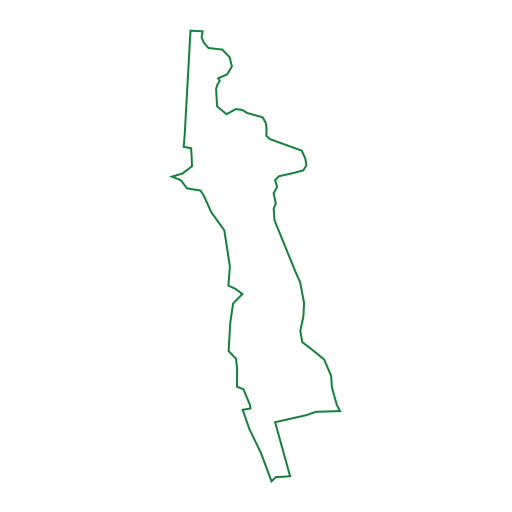 the district of Vlahita, Harghita, Romania
{"feature_id": "2599482B79706795726804", "entity_name": "Vlahita", "entity_type": "district", "adm_level": 2, "iso_a3": "ROU", "parent_name": "Romania", "parent_adm1": "Harghita", "projection": "natural_earth1", "projection_center": [25.507, 46.304], "detail": "fine", "context": "isolated", "style": "outline", "palette": "green", "viewbox_px": 512, "rotation_deg": 0, "n_neighbors": 0, "source": "geoboundaries", "source_scale": "gbopen_adm2", "svg_char_len": 1261}
<svg xmlns="http://www.w3.org/2000/svg" viewBox="0 0 512 512"><path d="M217.1,106.4L216.3,92.8L216.1,88.7L217.3,85.0L219.7,80.9L218.2,78.3L227.1,74.4L231.9,66.4L229.6,57.2L225.9,53.4L222.3,49.6L208.4,48.0L203.7,42.5L201.6,37.3L202.6,31.3L190.5,30.7L189.9,40.7L189.4,50.8L187.3,87.6L184.7,134.6L183.7,146.9L191.1,148.2L191.6,155.8L192.0,166.2L189.5,168.2L182.3,173.6L172.0,176.6L181.0,180.3L186.9,188.3L200.6,190.6L204.0,196.1L211.3,212.3L224.3,230.3L229.9,266.5L228.4,285.6L235.4,288.9L242.4,294.0L233.1,303.5L230.3,322.5L228.6,351.1L236.0,358.7L237.1,368.6L237.0,386.8L243.4,389.2L250.1,405.4L250.4,408.5L242.7,409.8L249.4,429.1L261.0,453.1L271.5,481.3L275.9,477.1L284.5,476.7L290.1,476.2L275.1,422.2L306.5,415.1L316.0,411.8L340.0,411.1L336.8,404.9L331.9,387.4L331.1,375.7L324.1,359.5L310.9,348.7L302.3,342.2L300.3,331.0L303.4,316.2L304.1,303.1L302.1,292.6L300.1,282.0L295.5,271.9L276.8,225.9L274.5,220.2L273.7,208.5L274.8,206.0L275.8,203.5L273.6,193.1L277.1,187.1L275.1,180.1L279.0,176.2L294.7,172.7L299.0,171.5L303.3,170.4L306.3,165.4L305.4,158.7L301.7,150.6L296.3,148.7L279.5,142.6L270.1,139.2L266.3,135.8L266.6,129.3L265.8,123.0L262.6,117.3L247.2,113.0L242.2,109.9L235.7,109.1L226.5,114.2L217.1,106.4Z" fill="none" stroke="#15803d" stroke-width="2"/></svg>